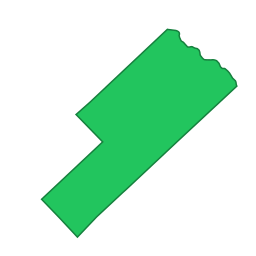 outline of Vernon, Wisconsin, United States of America, rotated 137°
{"feature_id": "52423323B99158038275435", "entity_name": "Vernon", "entity_type": "district", "adm_level": 2, "iso_a3": "USA", "parent_name": "United States of America", "parent_adm1": "Wisconsin", "projection": "natural_earth1", "projection_center": [-91.112, 43.577], "detail": "fine", "context": "isolated", "style": "filled", "palette": "green", "viewbox_px": 256, "rotation_deg": 137, "n_neighbors": 0, "source": "geoboundaries", "source_scale": "gbopen_adm2", "svg_char_len": 897}
<svg xmlns="http://www.w3.org/2000/svg" viewBox="0 0 256 256"><g transform="rotate(137 128 128)"><path d="M239.4,109.3L239.4,82.7L211.4,84.4L176.1,84.4L170.9,84.3L100.4,84.5L19.8,84.4L19.6,85.1L19.0,86.2L17.8,87.9L17.3,89.1L17.5,93.2L16.3,98.8L16.2,101.7L16.6,105.2L16.8,105.7L18.1,106.9L18.4,107.3L18.7,109.0L18.5,110.1L17.3,113.3L17.3,116.8L18.1,118.4L18.9,119.5L19.7,120.3L20.9,121.2L24.1,124.3L25.2,125.5L25.6,126.1L25.8,126.6L25.9,128.5L25.6,131.6L25.2,132.5L23.8,134.5L23.2,135.8L23.0,136.2L23.0,137.3L23.2,138.8L24.7,141.0L25.6,143.6L26.2,144.3L28.0,145.4L29.0,146.4L29.2,147.0L29.1,148.3L29.1,150.5L29.0,151.5L29.1,153.3L29.7,155.1L29.5,156.2L28.5,159.1L27.5,160.8L26.3,161.6L25.7,162.4L25.5,163.1L25.4,163.8L25.7,165.1L26.5,166.7L31.5,172.7L31.9,173.3L138.6,172.8L156.8,173.3L156.0,135.1L211.8,134.9L239.8,134.8L239.4,109.3Z" fill="#22c55e" stroke="#15803d" stroke-width="1.5"/></g></svg>